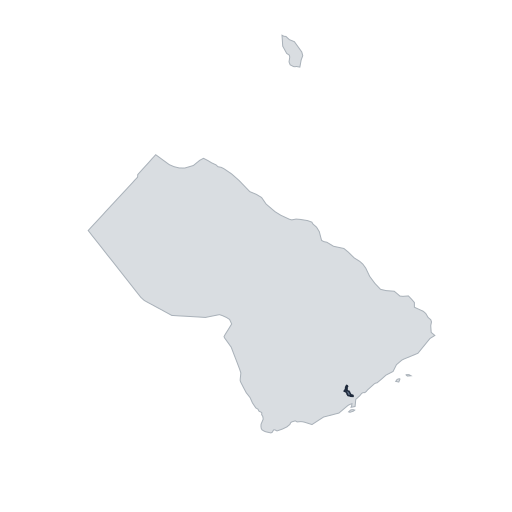 Ad Dohi, Al Hudaydah, Yemen (highlighted), rotated 242°
{"feature_id": "15242507B68430322217319", "entity_name": "Ad Dohi", "entity_type": "district", "adm_level": 2, "iso_a3": "YEM", "parent_name": "Yemen", "parent_adm1": "Al Hudaydah", "projection": "equal_earth", "projection_center": [43.199, 15.222], "detail": "fine", "context": "in_parent", "style": "filled", "palette": "slate", "viewbox_px": 512, "rotation_deg": 242, "n_neighbors": 0, "source": "geoboundaries", "source_scale": "gbopen_adm2", "svg_char_len": 4356}
<svg xmlns="http://www.w3.org/2000/svg" viewBox="0 0 512 512"><g transform="rotate(242 256 256)"><path d="M392.5,215.0L377.4,222.3L373.4,225.5L369.8,229.5L367.1,234.4L365.3,243.2L366.9,251.2L366.9,255.5L362.9,258.3L359.3,260.4L355.2,263.5L352.7,264.3L350.7,266.8L348.4,268.5L339.9,273.0L330.6,276.5L315.8,280.7L310.2,285.3L305.0,288.4L297.1,289.3L286.2,293.6L280.2,297.1L272.8,302.7L271.1,304.5L269.8,308.7L267.5,312.3L263.1,318.1L259.7,321.2L257.4,321.3L253.0,323.0L247.8,323.3L239.0,321.2L236.8,322.7L234.9,325.0L228.2,329.0L221.4,337.1L216.4,339.2L208.2,341.8L202.5,345.1L198.7,346.5L193.8,347.2L184.7,346.8L176.0,348.1L168.1,350.3L164.3,354.7L160.0,361.5L153.0,364.3L151.4,366.8L149.2,371.8L144.7,373.1L140.6,374.0L136.4,371.8L128.5,377.8L125.5,378.9L120.9,379.1L117.7,380.4L115.4,380.0L112.5,377.6L106.3,374.8L101.9,376.6L101.5,370.9L94.1,353.3L95.6,338.0L95.6,335.8L94.1,329.0L89.7,322.8L89.8,314.9L88.4,309.2L87.2,303.4L87.6,301.9L87.6,300.5L85.4,291.6L84.6,289.7L84.3,287.9L85.1,286.4L85.1,284.8L83.9,282.0L82.6,276.8L76.6,272.8L77.8,268.9L79.0,270.3L80.6,271.4L80.9,268.9L80.9,267.1L78.4,255.5L82.1,240.1L80.9,226.3L86.6,220.7L88.0,219.0L88.9,217.5L90.2,214.4L92.0,213.3L92.7,210.0L92.6,208.4L91.4,206.9L90.6,203.1L90.8,198.2L91.1,196.1L91.7,192.4L93.7,191.0L94.2,189.9L92.7,187.5L92.8,186.1L96.2,182.1L97.5,181.0L99.7,179.7L101.4,179.7L103.3,180.4L105.1,181.5L106.8,183.6L108.6,185.8L111.3,186.7L113.2,186.5L114.8,187.5L116.0,187.0L117.5,185.8L119.9,185.8L122.0,184.5L128.0,183.9L133.8,184.3L139.8,183.2L145.9,183.2L152.0,183.3L153.3,183.5L154.6,184.2L159.8,187.7L163.7,188.4L171.5,189.4L179.9,190.4L187.1,191.3L193.3,190.5L198.4,189.8L199.8,189.9L201.3,192.1L204.4,197.5L207.4,202.6L212.4,202.9L215.7,201.0L219.2,198.3L221.4,196.2L223.9,187.9L225.5,182.5L229.2,176.5L232.3,171.4L236.4,164.7L238.6,161.0L243.1,153.7L247.4,150.9L255.7,145.4L263.8,140.0L269.1,136.5L273.6,134.9L281.2,133.5L290.2,131.9L299.1,130.3L308.6,128.6L319.2,126.7L326.5,125.3L335.7,123.7L343.4,122.3L350.3,121.0L357.3,119.8L358.7,123.8L360.1,127.8L361.5,131.9L362.9,135.9L364.3,140.0L365.8,144.0L367.2,148.1L368.6,152.1L370.0,156.2L371.4,160.2L372.8,164.3L374.2,168.3L375.6,172.4L377.0,176.4L378.4,180.5L379.9,184.5L381.2,188.5L383.4,189.8L384.8,193.6L386.7,198.9L388.6,204.3L390.6,209.6L392.5,215.0ZM415.8,379.2L417.7,379.7L420.5,378.2L428.7,378.1L438.7,382.6L436.9,383.8L435.8,385.5L431.4,387.0L427.2,390.5L414.6,392.2L410.9,391.3L407.9,387.9L402.2,383.4L404.4,380.6L404.8,379.3L405.6,378.1L408.8,375.9L411.9,376.3L415.8,379.2ZM80.5,324.4L80.1,325.3L79.5,325.1L77.7,322.9L79.7,320.5L80.8,322.7L80.5,324.4ZM74.5,269.9L73.6,270.8L73.3,269.2L73.9,265.6L74.9,264.6L75.6,267.2L75.2,268.7L74.5,269.9ZM79.5,335.3L77.5,336.6L78.9,333.3L80.3,332.7L80.7,332.8L79.5,335.3Z" fill="#d9dde1" stroke="#a8b0b8" stroke-width="1"/><path d="M91.4,271.6L91.0,271.8L90.9,271.8L90.7,271.8L90.6,271.7L90.3,271.7L90.2,271.7L89.7,271.7L89.6,271.8L89.4,272.0L89.2,272.2L89.1,272.4L89.0,272.5L88.9,272.7L88.9,272.8L88.7,273.0L88.2,273.3L88.0,273.5L87.9,273.5L87.6,273.9L87.5,274.0L87.4,274.2L87.4,274.3L87.2,274.6L87.0,274.8L86.9,275.1L86.8,275.3L86.7,275.4L86.7,275.5L86.5,275.8L86.7,276.0L86.8,276.0L87.0,276.1L87.3,276.1L87.6,276.1L87.8,275.9L88.0,275.7L88.1,275.4L88.3,275.3L88.5,275.2L88.6,274.7L88.8,274.4L89.0,274.4L89.4,274.4L89.7,274.6L90.0,274.7L90.3,274.6L90.5,274.6L91.1,274.6L91.7,274.7L91.8,274.7L92.0,274.5L92.4,274.5L92.6,274.5L92.8,274.6L92.9,274.4L93.0,274.3L93.1,274.2L93.3,274.1L93.5,274.0L93.6,273.9L93.8,273.8L94.1,273.7L94.3,273.4L94.3,273.2L94.5,273.1L94.7,272.8L94.7,272.7L95.0,273.1L95.4,273.4L95.5,273.5L95.6,273.8L95.7,274.0L95.8,274.1L96.1,274.2L96.4,274.2L96.5,274.2L96.8,274.3L97.0,274.5L97.3,274.8L97.4,275.0L97.5,275.1L97.6,275.3L97.7,275.5L97.8,275.5L98.0,275.7L98.3,275.7L98.5,275.7L98.8,275.6L99.1,275.3L99.2,275.2L99.0,274.9L98.9,274.8L98.7,274.4L98.4,274.3L98.4,274.2L98.2,274.0L98.2,273.9L98.2,273.7L97.9,273.4L97.7,273.3L97.4,273.3L97.2,273.2L97.0,272.9L96.9,272.8L96.8,272.7L96.7,272.7L96.4,272.6L96.3,272.4L96.2,272.1L96.1,271.9L95.8,271.4L95.7,271.3L95.6,271.2L95.5,270.9L95.3,270.5L95.3,270.4L95.2,270.4L94.8,270.8L94.7,271.0L94.5,271.3L94.4,271.3L94.3,271.5L94.2,271.6L93.9,271.6L93.7,271.6L93.4,271.7L93.0,271.7L92.9,271.8L92.7,271.8L92.4,271.8L92.1,271.9L91.9,271.9L91.7,271.9L91.4,271.6Z" fill="#64748b" stroke="#1e293b" stroke-width="1.5"/></g></svg>